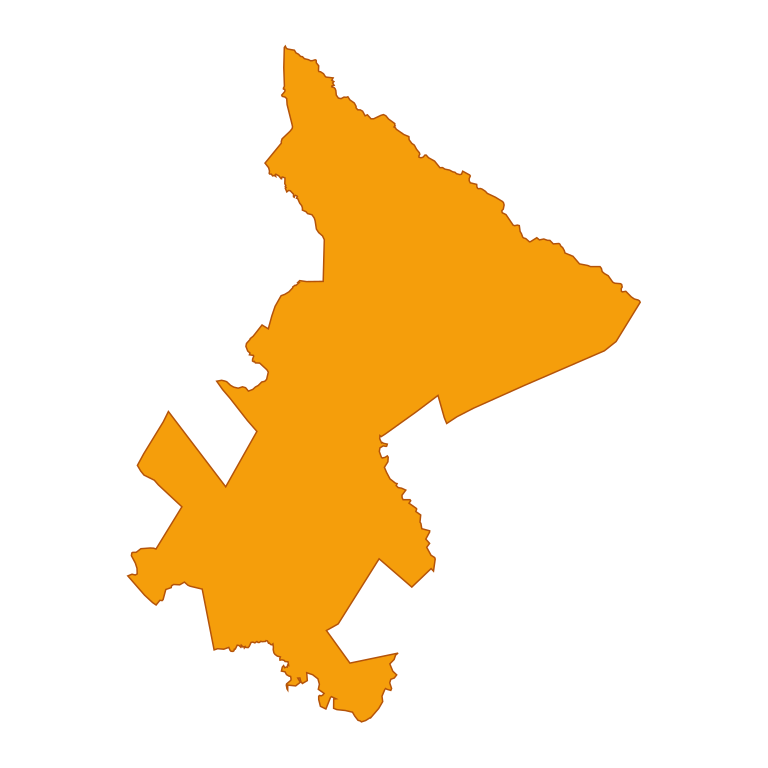 outline of Cosolapa, Veracruz, Mexico
{"feature_id": "50627088B71851344630431", "entity_name": "Cosolapa", "entity_type": "district", "adm_level": 2, "iso_a3": "MEX", "parent_name": "Mexico", "parent_adm1": "Veracruz", "projection": "mercator", "projection_center": [-96.661, 18.58], "detail": "fine", "context": "isolated", "style": "filled", "palette": "amber", "viewbox_px": 768, "rotation_deg": 0, "n_neighbors": 0, "source": "geoboundaries", "source_scale": "gbopen_adm2", "svg_char_len": 6081}
<svg xmlns="http://www.w3.org/2000/svg" viewBox="0 0 768 768"><path d="M640.2,302.3L639.5,300.9L638.1,300.0L634.4,299.0L631.3,296.9L625.8,291.3L622.3,291.9L621.4,291.2L621.2,288.7L622.2,287.0L621.7,284.5L620.6,283.7L614.7,283.2L612.7,282.1L608.2,275.7L604.5,273.6L602.2,271.6L601.4,268.4L600.0,266.6L590.5,266.6L587.8,265.5L579.5,263.9L573.0,256.3L565.0,253.0L564.3,250.6L562.6,247.5L561.0,246.3L559.8,244.1L558.9,243.5L553.3,243.9L549.9,240.4L547.4,240.3L543.8,239.0L539.4,239.9L536.8,237.7L530.6,241.6L529.4,241.8L525.8,238.6L523.5,237.9L522.7,237.1L521.4,233.6L520.1,231.4L519.3,225.6L517.4,225.1L514.6,225.7L513.1,225.1L506.0,214.6L502.2,212.7L501.8,210.7L503.3,209.1L504.1,205.0L503.5,202.7L502.6,201.6L495.4,197.2L487.3,193.4L485.4,191.3L482.1,189.1L480.4,188.5L478.4,188.7L477.7,188.4L476.9,187.0L476.7,184.4L470.3,182.8L469.2,180.8L469.2,178.6L470.3,176.0L469.7,175.0L462.7,171.2L461.5,174.2L459.8,174.6L456.5,173.7L455.0,172.3L452.7,171.8L449.6,170.1L444.8,169.1L442.6,167.6L439.9,167.7L434.6,161.1L428.5,157.7L426.2,155.1L424.9,155.1L423.3,157.0L421.9,157.6L420.4,157.7L418.9,157.1L419.0,155.6L419.8,154.3L419.4,152.8L416.5,149.2L414.3,145.1L411.8,143.4L409.1,139.7L408.9,136.6L404.0,134.6L396.2,129.2L395.6,128.0L394.0,127.0L395.2,125.9L394.7,125.3L394.8,123.6L388.5,119.0L385.9,115.8L383.5,114.6L381.0,115.3L373.6,118.8L371.0,118.8L367.4,114.8L365.1,115.8L362.6,111.2L360.3,109.9L357.7,109.8L356.0,107.7L356.1,106.4L354.3,103.0L349.9,99.9L347.9,96.8L346.3,97.3L344.0,97.1L341.1,98.6L338.4,98.1L336.3,95.1L335.8,90.4L335.1,88.7L334.2,87.7L331.7,86.8L331.9,85.9L334.1,85.3L332.6,83.0L333.9,81.6L331.8,80.3L333.1,77.9L326.2,77.1L325.3,76.5L323.5,73.7L320.6,71.8L318.9,71.5L318.5,70.7L318.7,65.8L316.3,62.8L316.2,60.3L315.2,59.8L312.2,60.7L310.4,60.7L308.6,59.7L304.4,58.7L302.5,56.7L300.6,56.4L298.5,54.2L296.0,52.9L294.4,50.2L287.6,49.0L286.3,48.2L285.3,46.1L284.3,47.5L283.8,67.6L284.4,86.3L283.4,88.2L283.5,89.1L284.6,89.2L285.0,90.2L284.7,91.6L281.7,95.1L282.3,96.4L284.9,97.0L286.7,98.6L287.1,104.6L292.1,124.6L292.5,126.6L292.2,128.5L290.0,131.3L282.1,138.8L281.3,141.3L281.3,143.2L265.0,163.1L268.6,167.7L269.5,171.0L269.2,173.4L269.6,174.0L271.4,174.2L272.6,175.9L274.3,175.5L275.7,176.4L275.3,174.7L275.9,174.2L278.9,175.9L281.2,178.8L281.6,178.8L281.8,177.3L282.7,177.0L285.0,178.0L284.8,183.8L285.8,185.4L285.2,186.7L286.1,187.5L285.3,188.3L286.8,191.9L288.5,190.5L290.2,190.7L293.5,194.1L293.5,196.7L294.2,197.2L294.6,195.9L295.4,195.3L296.8,195.9L297.4,196.5L296.5,198.2L297.7,198.6L299.7,203.1L301.7,205.7L302.4,207.9L302.4,210.1L306.0,211.7L307.6,213.6L311.9,214.7L314.2,217.9L315.1,220.7L316.4,229.1L318.7,232.6L322.5,235.9L324.3,239.7L323.2,281.4L306.5,281.6L299.7,280.6L297.9,282.4L299.1,282.6L295.9,285.5L295.1,285.2L292.8,286.9L292.8,287.7L289.0,291.8L284.7,294.4L281.1,295.7L275.1,306.3L271.8,316.0L268.3,328.8L262.0,325.0L253.2,336.2L250.2,338.6L250.0,339.5L246.5,343.4L245.9,346.4L247.7,351.0L250.0,353.1L249.4,354.8L253.4,355.4L253.7,356.2L252.6,359.1L252.5,361.0L253.5,361.7L254.3,361.4L255.4,362.9L259.7,363.1L266.9,369.8L268.3,372.1L266.6,379.4L264.7,381.3L261.7,382.0L258.2,385.5L255.4,387.0L252.8,389.4L248.4,391.1L245.6,387.7L242.5,386.8L238.2,388.2L233.7,387.1L230.5,385.3L226.7,381.7L224.7,381.0L221.6,380.3L216.7,381.2L222.7,389.7L229.9,398.1L247.4,420.5L256.9,431.4L225.7,486.8L168.4,411.5L163.3,421.8L143.7,453.8L137.4,465.4L140.7,471.0L144.0,475.1L154.3,480.2L158.3,484.8L181.9,506.8L156.0,549.0L153.7,548.2L150.2,548.0L140.9,548.7L136.2,552.3L132.6,552.4L131.8,553.0L131.4,555.7L135.3,563.0L137.0,568.3L137.2,573.9L135.3,575.0L132.0,574.2L127.8,575.9L144.7,595.3L152.6,602.6L156.1,605.0L159.9,600.3L162.1,600.6L163.1,599.6L165.8,589.5L171.2,587.6L171.6,585.7L173.6,584.5L179.7,584.8L184.4,582.1L187.9,585.2L190.1,586.2L202.2,589.1L214.1,649.9L217.6,648.7L223.8,649.2L228.8,647.4L230.2,650.5L231.1,651.3L233.0,651.4L234.0,650.7L234.3,649.2L235.3,649.1L237.2,645.2L239.1,645.5L240.7,647.1L241.2,645.1L242.0,645.8L242.2,646.9L244.0,646.7L244.3,647.9L245.2,646.6L245.7,647.4L248.1,647.6L249.2,646.4L251.1,642.4L252.8,642.1L254.9,642.9L256.9,641.5L258.1,642.5L259.5,642.4L260.8,641.3L262.1,641.7L265.6,641.4L266.0,640.6L267.4,640.9L268.5,643.2L269.3,643.0L270.6,644.5L271.9,644.8L272.9,643.9L273.4,647.0L273.2,649.7L273.9,652.8L275.0,654.4L277.3,656.1L280.4,656.9L279.8,658.7L280.0,660.2L282.0,659.8L284.3,660.5L285.0,661.5L288.0,661.8L288.6,665.5L287.6,665.1L287.2,667.1L286.7,666.9L284.7,667.7L283.6,665.6L282.3,667.1L281.4,671.1L285.0,671.8L286.5,674.6L289.0,676.1L290.6,676.4L291.1,679.1L290.8,680.3L286.6,683.9L286.3,685.1L287.0,688.9L287.7,690.0L287.7,685.1L295.7,685.9L300.3,682.3L297.8,678.1L299.9,678.0L300.9,681.7L302.4,683.5L307.3,680.6L306.7,672.7L312.6,674.7L317.9,678.8L319.4,684.2L318.3,689.3L324.1,693.4L322.6,695.2L321.0,695.9L319.8,695.4L318.7,696.2L318.7,699.5L320.4,706.3L325.9,709.0L330.3,697.9L331.4,696.6L336.0,698.8L333.7,699.1L333.6,708.3L336.8,709.6L345.3,710.5L352.5,712.2L354.7,716.0L358.0,720.3L360.4,721.0L361.4,721.9L365.7,720.5L370.3,717.6L370.6,717.9L378.7,708.5L382.7,701.6L382.0,696.2L384.7,689.7L385.6,688.5L386.9,689.3L390.8,690.4L391.6,688.5L389.7,682.8L390.8,679.3L394.3,678.0L396.7,674.9L392.8,671.2L389.8,663.9L394.1,659.5L395.6,655.1L398.1,653.1L349.9,663.1L326.4,630.5L338.2,623.9L379.1,558.8L411.8,587.1L431.1,568.6L433.5,571.1L435.2,559.1L434.7,557.6L431.0,555.2L426.7,547.3L429.6,543.4L425.8,539.1L429.6,532.1L429.7,530.8L421.8,528.7L420.9,523.5L420.0,522.1L420.7,515.0L415.8,511.5L416.7,509.0L416.2,508.3L409.0,503.2L410.7,500.8L410.0,499.7L403.1,499.7L402.1,497.7L402.0,495.2L405.8,490.1L401.6,488.2L398.2,487.6L396.2,485.6L397.1,483.6L395.6,483.3L390.0,478.9L386.5,472.3L384.4,467.3L387.9,461.8L388.2,457.2L387.3,455.9L385.2,457.3L382.2,458.0L381.3,457.0L379.3,451.5L379.9,447.9L383.2,445.9L386.1,446.4L386.7,446.1L387.3,444.1L383.4,443.3L382.4,442.5L381.6,442.9L379.7,438.8L379.9,435.6L381.2,436.6L385.0,434.2L416.4,411.7L438.0,395.4L444.3,417.7L446.7,423.5L457.0,416.7L473.5,408.2L524.2,385.5L604.4,350.8L616.1,341.5L640.2,302.3Z" fill="#f59e0b" stroke="#b45309" stroke-width="1.5"/></svg>